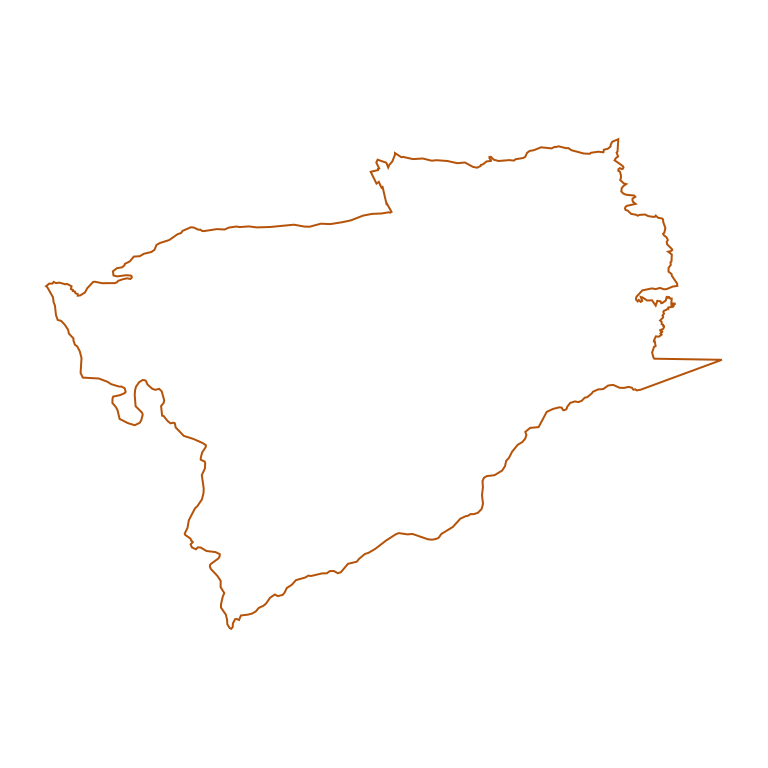 the district of Zapotitlán de Vadillo, Jalisco, Mexico
{"feature_id": "50627088B48425886869278", "entity_name": "Zapotitlán de Vadillo", "entity_type": "district", "adm_level": 2, "iso_a3": "MEX", "parent_name": "Mexico", "parent_adm1": "Jalisco", "projection": "orthographic", "projection_center": [-103.756, 19.503], "detail": "fine", "context": "isolated", "style": "outline", "palette": "amber", "viewbox_px": 768, "rotation_deg": 0, "n_neighbors": 0, "source": "geoboundaries", "source_scale": "gbopen_adm2", "svg_char_len": 6087}
<svg xmlns="http://www.w3.org/2000/svg" viewBox="0 0 768 768"><path d="M721.9,359.8L654.3,358.7L653.3,357.1L652.1,352.5L654.0,346.9L655.6,346.1L654.8,341.4L653.9,341.4L654.1,340.2L655.8,336.4L658.8,336.7L661.6,334.7L660.5,333.6L662.3,331.8L661.9,331.2L660.8,331.5L660.2,330.2L663.1,328.9L663.9,327.5L664.0,326.1L663.1,325.9L663.1,324.7L661.7,324.2L661.6,321.8L660.1,320.5L662.9,317.7L663.2,316.7L662.5,315.5L664.0,313.7L663.3,312.0L663.9,310.8L666.4,309.8L667.9,308.4L668.3,308.7L668.4,307.4L673.0,306.8L673.5,306.1L671.9,305.2L674.8,304.1L674.7,303.5L671.3,303.4L671.7,298.6L670.2,298.5L669.2,297.1L668.2,296.9L667.9,297.8L666.6,297.1L665.8,300.5L662.2,303.1L661.2,303.1L660.6,301.4L657.3,300.8L655.7,305.6L652.0,300.3L647.1,300.5L642.6,297.5L640.8,297.0L642.2,300.9L640.7,301.9L638.8,300.0L637.7,301.4L636.1,299.7L636.0,298.5L636.5,296.7L642.3,290.4L651.9,288.4L655.7,289.1L660.0,287.9L663.8,289.3L666.6,289.1L672.6,286.6L677.3,285.9L677.1,283.6L671.8,275.7L671.5,273.9L668.5,271.6L668.6,267.7L670.8,264.9L670.5,262.3L671.5,261.3L671.8,254.5L668.2,251.7L670.6,251.2L672.2,250.1L672.0,249.2L667.2,244.4L666.7,242.0L667.8,240.1L667.5,239.1L666.4,237.2L663.7,235.1L663.1,233.7L664.3,232.7L665.4,228.1L663.3,222.2L663.0,219.4L662.1,218.5L658.2,217.8L655.7,215.6L654.8,216.8L653.5,216.9L648.2,216.1L645.1,214.5L639.6,214.9L637.7,215.7L635.9,214.7L631.2,213.9L627.7,210.6L625.7,210.0L625.0,208.7L625.3,207.2L626.7,205.9L635.6,203.9L632.9,201.7L632.4,199.9L632.6,198.6L635.3,196.8L634.1,195.5L626.4,194.8L623.4,193.6L621.3,191.5L621.7,188.2L623.3,186.1L626.2,184.1L623.8,183.4L620.2,180.0L621.0,177.7L620.9,175.1L619.9,171.6L618.3,170.8L618.5,169.1L619.9,168.1L621.8,169.1L622.9,168.7L623.5,167.4L622.6,165.9L614.6,160.3L616.0,158.0L618.1,156.5L616.6,152.5L617.5,151.6L618.3,139.2L612.2,141.8L610.6,144.9L610.6,146.5L607.7,148.8L603.9,149.7L603.4,152.3L598.2,151.7L590.8,152.8L589.8,153.8L583.7,153.5L571.4,150.2L568.4,148.1L566.1,148.2L558.6,146.3L555.8,147.1L554.8,146.8L551.6,148.4L541.1,147.3L533.5,150.3L529.7,150.9L527.1,152.8L525.2,156.9L523.2,158.0L515.7,159.2L513.8,160.6L509.4,160.1L498.5,161.0L493.8,159.7L490.8,156.8L489.5,156.9L489.5,158.4L491.0,160.2L490.8,161.0L486.7,161.4L483.0,164.3L480.8,165.0L480.6,166.0L477.1,167.7L473.0,166.9L464.9,162.5L457.4,163.2L447.4,161.0L436.6,160.2L431.7,160.7L422.8,158.5L412.9,159.1L403.0,156.9L401.3,157.2L395.0,153.1L395.0,154.7L392.3,161.5L389.3,164.9L388.2,167.5L386.3,162.7L377.6,159.7L376.3,162.6L379.2,168.4L378.0,168.8L378.0,170.1L370.7,171.8L376.5,183.6L378.8,181.9L381.5,187.7L382.6,187.0L386.5,203.9L386.9,203.6L391.5,211.9L390.0,212.7L388.5,212.3L381.4,213.5L371.9,213.9L363.1,215.6L350.8,220.4L342.3,222.2L330.3,224.1L320.9,223.7L309.7,226.7L304.6,226.6L293.9,224.7L270.0,227.0L256.8,227.4L248.9,226.4L239.4,227.1L236.5,226.5L228.8,227.6L224.6,229.5L216.8,229.1L204.0,231.1L202.2,231.0L200.2,229.6L198.6,229.8L193.7,227.5L190.8,227.3L182.5,230.9L181.1,233.0L177.4,234.3L169.3,240.0L160.0,243.0L156.5,244.9L154.5,249.8L151.4,252.0L143.8,253.8L139.8,256.2L133.8,256.6L129.8,261.4L125.0,263.8L124.2,265.6L122.1,267.3L116.9,268.2L112.9,271.3L113.5,275.5L117.2,276.4L126.3,275.2L130.2,275.5L131.4,275.8L131.8,277.6L130.3,279.0L127.2,278.3L123.0,279.2L118.2,280.8L116.9,282.3L115.0,283.1L102.3,283.2L94.5,281.7L93.1,282.0L87.2,288.3L85.0,292.4L80.3,295.4L77.7,295.7L77.7,294.0L75.4,293.2L75.0,291.6L72.8,291.0L72.9,289.9L70.9,289.1L71.5,286.2L67.0,283.9L65.4,284.3L59.2,282.6L56.1,283.2L53.7,281.9L52.4,283.6L49.2,283.6L46.1,286.2L47.2,287.0L53.0,297.3L53.6,302.2L54.9,305.5L56.0,315.2L57.7,319.9L61.2,320.9L65.0,325.0L68.1,329.8L68.9,333.6L73.5,338.5L73.4,340.4L74.9,344.7L77.3,346.5L79.8,351.4L81.5,358.0L80.6,373.0L82.8,377.6L98.8,378.5L107.5,381.8L111.2,384.2L119.3,386.6L121.6,386.6L124.7,388.3L125.7,391.9L124.3,393.3L120.1,395.1L113.2,396.6L112.5,398.5L112.4,403.0L115.9,407.1L117.5,410.1L119.6,418.9L127.8,423.1L134.8,425.2L139.7,422.8L141.2,420.3L142.7,414.8L142.1,412.7L135.6,406.2L134.7,394.7L135.1,390.2L135.9,386.9L139.2,382.1L142.8,380.0L144.6,380.2L145.9,380.9L147.5,384.5L152.3,388.8L155.3,389.8L159.2,388.9L161.7,391.3L164.2,400.3L163.7,402.8L161.1,406.0L162.1,415.7L163.6,416.0L167.6,421.0L170.5,423.3L173.4,422.7L174.8,423.2L175.7,427.5L183.8,435.9L193.0,438.8L202.6,443.0L205.9,445.2L205.7,447.1L202.2,452.4L200.8,457.6L200.7,459.7L204.7,461.6L205.2,463.3L204.9,468.5L201.8,475.1L203.7,488.4L203.5,493.2L201.9,499.4L197.4,506.1L194.9,508.5L188.8,520.3L187.5,527.9L184.7,533.6L185.2,534.9L190.5,538.6L191.2,540.7L192.5,541.5L192.8,542.2L190.6,544.3L191.9,547.4L195.9,549.3L197.8,547.4L200.6,547.5L206.5,551.0L215.5,552.1L219.7,554.1L219.8,555.8L218.5,558.4L210.8,564.0L210.1,564.9L209.9,566.8L210.9,569.0L217.3,575.8L220.7,580.9L220.6,587.1L224.3,593.1L222.8,596.4L221.0,604.4L221.0,607.6L225.9,614.7L227.1,620.0L227.3,624.2L229.7,628.1L231.2,628.8L232.7,627.1L232.9,623.4L235.1,619.2L236.8,619.0L239.0,620.0L240.9,615.5L248.1,614.6L252.0,613.6L255.7,611.5L258.8,607.9L263.5,605.7L266.1,603.5L270.1,597.7L274.9,594.5L277.8,596.1L282.7,594.9L284.6,592.6L286.8,588.0L291.9,584.7L296.0,580.1L305.0,577.6L308.5,575.6L311.0,576.0L322.1,573.4L326.8,573.3L329.8,571.1L333.8,571.0L337.8,573.2L340.8,572.3L348.0,563.8L356.8,561.7L358.9,559.0L365.0,553.9L368.4,552.9L375.2,548.9L386.0,540.6L395.4,534.5L398.7,533.1L407.7,534.4L412.3,533.9L428.0,539.3L432.1,539.7L436.2,538.9L438.5,537.9L441.4,533.9L452.9,526.9L460.3,518.7L465.7,516.2L468.2,515.7L470.4,514.1L474.0,514.1L477.9,512.8L481.6,509.0L483.0,503.9L482.0,495.2L482.9,487.2L482.5,481.1L483.9,477.8L486.8,476.1L494.5,475.2L502.2,470.5L505.0,466.2L506.2,460.8L508.9,458.0L512.1,451.7L517.6,444.9L522.4,442.0L525.2,438.7L526.4,435.0L525.3,431.9L530.1,427.9L538.6,427.1L546.7,411.9L553.1,408.9L559.5,407.3L561.6,407.6L563.2,410.2L564.3,410.2L566.4,409.2L567.3,406.7L570.2,402.9L575.0,401.4L578.3,402.1L581.7,400.8L584.7,397.7L587.2,397.2L591.7,393.5L593.0,391.7L598.2,389.4L603.1,389.1L608.2,385.5L613.2,384.9L619.6,387.8L624.1,387.9L628.6,386.9L631.9,387.7L633.4,389.7L635.2,389.3L636.7,390.4L640.7,389.7L721.9,359.8Z" fill="none" stroke="#b45309" stroke-width="2"/></svg>